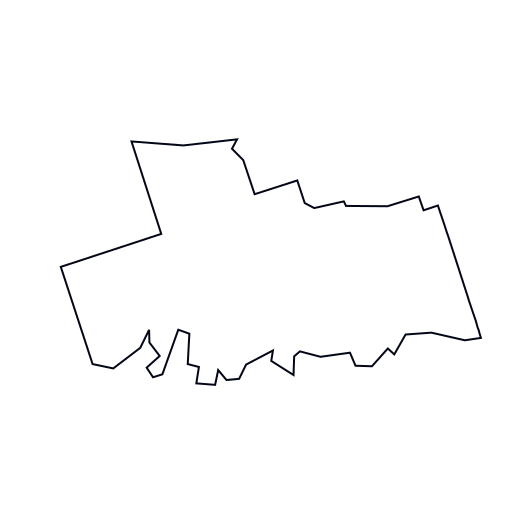 Whitfield, Georgia, United States of America (Natural Earth projection), rotated 72°
{"feature_id": "52423323B73898335258684", "entity_name": "Whitfield", "entity_type": "district", "adm_level": 2, "iso_a3": "USA", "parent_name": "United States of America", "parent_adm1": "Georgia", "projection": "natural_earth1", "projection_center": [-84.931, 34.802], "detail": "fine", "context": "isolated", "style": "outline", "palette": "ink", "viewbox_px": 512, "rotation_deg": 72, "n_neighbors": 0, "source": "geoboundaries", "source_scale": "gbopen_adm2", "svg_char_len": 929}
<svg xmlns="http://www.w3.org/2000/svg" viewBox="0 0 512 512"><g transform="rotate(72 256 256)"><path d="M128.4,290.9L108.6,339.0L173.5,339.2L205.7,339.3L206.0,438.4L206.0,445.0L308.3,444.8L318.8,426.5L307.6,394.5L293.2,380.5L305.4,384.1L321.3,378.5L328.4,394.5L339.5,391.4L339.6,381.6L302.1,352.7L309.3,343.4L337.7,354.3L343.9,344.6L358.7,352.1L365.9,334.7L352.8,327.2L364.8,322.4L367.6,310.0L356.2,299.0L351.1,269.1L360.5,273.9L380.8,257.1L363.2,250.7L360.3,243.7L371.8,225.8L377.0,196.5L391.1,195.3L396.7,179.8L384.7,159.2L392.3,154.9L376.9,138.0L383.1,112.9L400.7,83.4L403.4,67.4L403.2,67.4L397.8,67.3L395.2,67.1L392.3,67.3L385.9,67.0L364.3,67.3L361.6,67.2L297.5,67.1L293.3,67.2L284.1,67.2L266.5,67.4L264.2,67.4L264.3,82.5L249.7,82.8L249.3,115.6L236.2,154.9L231.2,155.6L228.4,185.8L220.7,193.3L196.9,193.4L196.8,238.2L160.9,238.5L146.6,245.7L139.2,238.0L128.4,290.9Z" fill="none" stroke="#020617" stroke-width="2"/></g></svg>